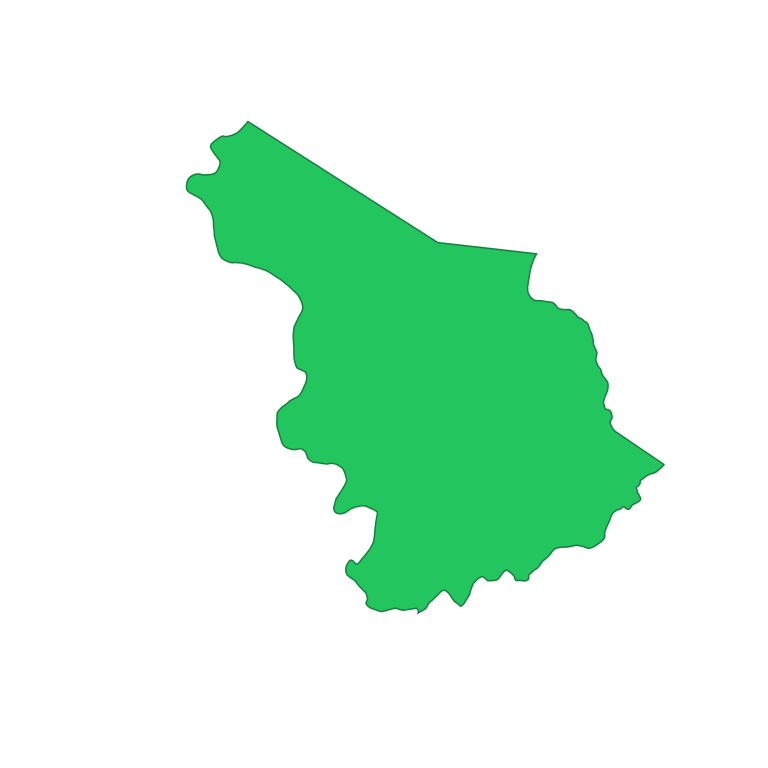 the district of Santa Rita, Yoro, Honduras, rotated 34°
{"feature_id": "27666195B22106740094375", "entity_name": "Santa Rita", "entity_type": "district", "adm_level": 2, "iso_a3": "HND", "parent_name": "Honduras", "parent_adm1": "Yoro", "projection": "equal_earth", "projection_center": [-87.807, 15.185], "detail": "fine", "context": "isolated", "style": "filled", "palette": "green", "viewbox_px": 768, "rotation_deg": 34, "n_neighbors": 0, "source": "geoboundaries", "source_scale": "gbopen_adm2", "svg_char_len": 6170}
<svg xmlns="http://www.w3.org/2000/svg" viewBox="0 0 768 768"><g transform="rotate(34 384 384)"><path d="M160.6,356.1L172.4,366.7L173.8,367.8L175.5,368.8L177.5,369.8L179.1,370.3L180.3,370.5L183.4,370.3L186.5,369.7L189.3,368.9L190.7,368.2L192.4,366.7L198.8,363.0L201.2,362.2L204.6,360.9L212.3,359.1L214.9,358.0L222.0,356.0L223.8,355.7L228.3,355.4L234.8,355.4L239.5,355.2L249.2,356.0L261.7,358.0L265.2,359.4L268.9,361.5L271.0,363.0L272.9,364.8L274.1,366.2L274.8,367.7L275.4,370.5L275.8,375.5L277.3,385.8L277.7,387.1L279.0,389.9L281.6,394.6L286.1,400.6L289.1,404.3L291.9,408.6L293.7,411.1L295.6,413.5L296.9,414.8L300.3,417.7L302.6,419.2L303.4,419.3L305.1,419.1L310.4,418.1L312.0,418.1L313.1,418.5L314.4,419.5L315.9,421.0L316.7,422.3L317.7,424.6L318.3,426.0L318.5,426.9L319.9,434.8L320.2,438.3L320.1,441.0L319.3,443.4L316.7,447.9L315.0,451.6L314.8,453.2L314.2,455.4L312.8,459.0L312.4,460.2L311.8,463.6L311.6,466.2L311.7,467.5L312.2,468.7L317.2,476.6L319.1,479.1L329.2,487.3L332.6,490.0L333.8,490.6L335.0,491.1L337.1,491.3L339.4,491.1L341.2,490.7L344.7,489.5L346.9,488.2L350.5,484.6L351.3,484.1L352.4,483.8L354.7,483.9L357.0,484.3L359.0,485.6L361.9,487.8L363.3,488.4L365.8,488.8L368.5,488.5L370.0,488.0L373.1,486.3L380.5,482.8L381.9,481.8L383.0,480.6L384.3,479.6L385.9,478.5L387.4,477.8L389.6,477.2L392.4,476.9L395.6,476.9L397.5,477.2L401.3,479.6L405.3,482.9L406.4,484.1L407.1,485.4L407.6,486.9L408.0,489.7L408.3,495.2L408.5,505.2L408.9,507.3L411.1,513.7L411.6,514.7L412.5,515.9L413.4,516.6L414.6,517.3L415.7,517.6L417.1,517.5L418.7,517.0L420.6,515.8L422.6,514.0L423.6,512.5L424.8,509.8L426.1,506.4L427.5,504.2L428.9,502.3L431.3,499.6L432.8,498.1L434.3,496.9L436.5,495.7L439.6,494.9L444.0,494.3L446.6,493.7L450.1,493.9L450.5,494.4L451.1,495.4L453.7,501.4L456.9,507.8L461.2,515.5L463.3,520.1L463.9,522.0L464.3,525.9L464.6,529.1L464.5,530.0L464.0,537.6L463.5,541.0L463.3,545.6L463.0,546.9L462.8,547.7L462.4,548.2L462.1,548.6L461.6,548.8L460.2,548.8L457.3,548.0L455.6,548.3L454.9,548.7L454.6,549.0L454.3,549.6L454.2,550.8L454.3,554.1L454.9,556.9L455.7,558.5L456.7,560.0L458.1,561.6L459.3,562.4L460.5,562.9L463.9,563.3L467.3,563.3L469.2,563.1L476.3,565.4L480.9,566.4L485.0,567.1L486.0,567.5L488.6,569.5L490.4,571.3L491.0,572.6L491.1,574.1L491.3,575.1L491.8,576.0L493.3,576.7L495.5,577.2L498.1,577.2L506.8,575.0L508.6,574.4L509.4,573.9L511.2,572.1L517.3,564.9L518.6,563.6L519.7,563.0L522.0,562.5L526.0,561.1L529.7,557.9L535.9,552.1L536.5,551.9L537.5,551.9L539.0,552.4L539.8,553.2L540.3,554.8L543.7,548.0L544.0,547.3L544.2,545.0L544.2,544.2L543.7,542.3L543.9,539.7L545.0,535.8L547.4,523.8L548.0,522.3L548.8,521.4L549.6,521.0L550.6,520.8L553.8,521.1L555.7,521.6L560.3,523.5L564.0,524.9L570.0,525.1L571.4,525.5L571.9,525.3L572.5,524.2L573.0,522.3L573.0,518.0L572.6,510.9L570.5,504.1L569.9,501.3L569.7,500.1L569.6,498.8L569.8,497.2L570.7,492.9L572.0,490.1L572.8,489.0L573.3,488.7L574.0,488.4L574.9,488.4L578.2,488.9L579.8,489.0L580.3,488.9L584.5,485.9L586.7,483.8L587.4,482.6L587.7,481.1L587.9,479.1L587.9,475.7L588.3,472.3L588.7,471.1L589.5,469.8L590.0,469.5L590.8,469.4L595.5,469.7L597.9,470.2L599.8,470.7L601.2,472.1L602.8,473.0L603.8,472.8L606.9,470.6L609.1,469.6L610.4,468.8L612.2,467.1L613.0,465.4L612.5,464.1L610.9,461.6L611.0,460.1L611.5,458.9L611.8,457.0L612.7,453.8L613.6,452.2L614.2,450.8L614.6,446.5L614.4,443.0L616.6,435.3L617.3,426.3L617.7,425.3L618.7,423.7L620.6,421.5L622.9,419.6L627.2,416.6L633.9,409.8L640.4,407.2L643.0,406.7L644.6,406.2L645.5,405.8L646.1,405.3L647.6,403.6L648.8,401.7L650.8,397.0L652.2,393.4L652.8,390.1L652.8,389.1L652.7,388.2L652.4,387.1L651.8,386.1L650.1,384.1L649.2,381.3L648.4,377.6L647.3,370.7L646.1,366.4L645.9,364.7L645.9,363.4L646.2,361.8L647.0,359.4L647.9,357.7L649.2,356.5L650.1,355.1L650.2,354.5L650.4,353.0L651.0,351.8L651.7,351.6L655.4,351.9L656.2,351.7L656.9,351.1L657.2,350.2L657.5,349.1L657.4,346.3L657.8,344.7L660.1,340.8L661.1,338.2L661.3,337.3L661.2,336.4L660.9,335.6L660.4,335.0L659.8,334.6L658.1,334.0L657.0,333.2L656.6,332.7L654.9,332.5L654.2,331.5L652.4,329.9L651.0,329.0L650.9,328.6L651.1,327.9L651.9,326.2L652.1,324.4L651.7,322.9L651.2,322.2L650.6,320.9L650.8,320.0L652.8,313.8L654.4,310.8L655.6,309.1L657.6,306.8L658.7,305.0L661.0,296.9L661.1,294.2L601.6,294.0L598.0,292.9L594.6,290.8L593.6,289.9L592.3,289.1L592.4,287.7L592.3,286.4L592.1,285.2L591.8,284.3L591.3,283.6L590.1,282.2L588.0,280.4L586.8,279.8L585.8,279.6L582.4,280.6L581.3,280.8L580.2,280.1L576.4,276.8L575.6,275.3L574.7,272.5L573.9,269.0L573.2,265.4L572.8,263.9L571.2,260.9L570.0,259.1L569.3,258.3L568.2,257.4L567.4,257.0L561.0,254.8L559.6,254.1L558.2,253.2L556.8,251.8L555.4,250.7L554.2,250.2L552.4,249.8L550.9,249.1L546.7,246.2L546.1,245.6L545.5,244.6L543.7,240.3L543.0,239.0L542.4,238.4L541.2,237.5L538.5,236.1L536.1,234.5L535.4,233.9L534.1,232.1L532.7,230.6L529.7,227.6L527.6,226.0L523.8,223.6L520.2,220.7L518.7,219.9L517.1,219.7L514.5,220.0L512.4,219.4L507.7,220.1L501.3,218.5L498.8,218.2L497.0,218.3L495.5,218.9L493.4,220.5L491.0,222.0L488.8,223.1L487.6,223.5L486.4,223.7L485.2,223.7L484.4,223.5L482.6,222.7L480.7,222.3L479.1,222.1L477.6,222.3L474.7,223.9L468.3,226.8L464.7,229.1L462.2,230.4L460.7,230.6L458.2,230.3L456.6,229.9L454.8,229.2L453.4,228.4L451.8,227.2L450.5,225.7L449.0,223.7L447.3,220.2L441.9,208.4L440.3,204.2L438.7,198.2L438.1,194.9L437.7,190.8L349.5,236.7L124.4,242.5L124.2,245.4L123.2,251.9L122.4,256.0L121.7,258.1L120.8,259.8L119.9,261.4L118.5,263.3L117.0,265.0L114.6,267.3L113.8,267.8L112.1,268.3L111.5,268.8L110.9,269.6L109.3,272.8L107.8,276.9L107.0,279.9L106.7,281.9L106.9,283.1L107.4,284.2L108.0,284.8L109.2,285.6L113.7,287.6L122.0,290.4L123.0,290.8L123.9,291.4L124.9,293.1L125.9,295.9L126.4,299.4L126.5,301.1L126.4,302.2L125.9,303.7L124.8,305.5L123.8,306.6L121.8,308.4L118.9,310.6L117.1,311.8L116.0,312.3L113.8,313.0L112.7,313.7L111.2,314.8L110.0,316.0L109.1,317.4L108.3,318.9L107.7,320.4L107.4,321.6L107.2,322.7L107.2,324.0L107.5,325.4L107.8,326.7L109.0,329.3L110.5,331.7L111.6,332.9L113.2,333.7L114.3,333.9L116.6,334.0L127.0,332.9L129.5,333.0L131.3,333.5L139.3,336.4L142.4,337.2L143.8,337.8L147.4,340.4L150.1,342.7L151.7,344.6L153.7,347.5L158.4,353.1L160.6,356.1Z" fill="#22c55e" stroke="#15803d" stroke-width="1.5"/></g></svg>